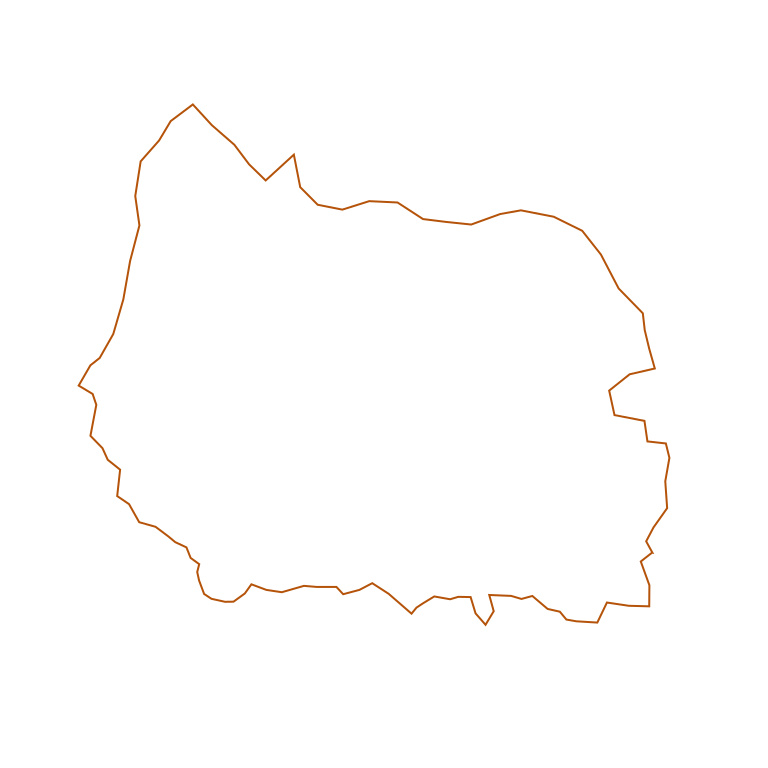 outline of Agios Dimitrianos, Paphos, Cyprus, rotated 280°
{"feature_id": "46923920B5099414499518", "entity_name": "Agios Dimitrianos", "entity_type": "district", "adm_level": 2, "iso_a3": "CYP", "parent_name": "Cyprus", "parent_adm1": "Paphos", "projection": "orthographic", "projection_center": [32.548, 34.902], "detail": "fine", "context": "isolated", "style": "outline", "palette": "amber", "viewbox_px": 768, "rotation_deg": 280, "n_neighbors": 0, "source": "geoboundaries", "source_scale": "gbopen_adm2", "svg_char_len": 1433}
<svg xmlns="http://www.w3.org/2000/svg" viewBox="0 0 768 768"><g transform="rotate(280 384 384)"><path d="M351.4,91.6L329.4,83.6L323.6,98.8L313.5,104.3L282.0,103.9L271.9,117.9L261.4,125.1L253.8,139.0L227.3,140.7L221.4,153.8L205.4,166.9L203.7,183.8L196.6,197.8L192.0,205.9L188.8,217.8L179.1,223.8L174.5,233.3L166.4,232.7L158.4,236.0L146.0,243.3L142.5,251.4L141.9,265.2L143.5,273.6L153.5,283.3L163.7,288.2L160.8,303.9L161.2,319.5L171.3,340.2L172.5,353.3L175.9,372.4L169.9,380.3L177.0,395.6L185.8,407.0L178.2,425.0L162.6,451.0L169.4,454.8L174.8,460.5L183.5,470.4L183.5,486.5L187.3,494.1L189.2,506.3L174.0,514.0L164.5,525.8L179.3,531.5L194.5,524.3L197.4,546.0L196.2,556.7L201.0,566.9L190.9,584.2L190.3,596.7L183.7,604.5L183.7,614.6L186.1,635.5L207.5,641.5L208.1,663.6L211.1,683.8L231.9,680.3L253.8,667.7L264.5,677.3L264.5,677.6L274.6,669.5L289.5,674.3L310.9,684.4L337.0,677.9L360.8,677.9L374.4,671.9L373.2,653.4L392.9,646.9L393.4,616.4L416.6,606.9L436.2,624.2L446.3,648.0L464.7,639.1L482.6,631.3L484.1,630.9L498.6,626.6L518.8,598.5L549.1,575.2L569.3,552.6L578.2,522.1L578.8,488.7L571.6,469.0L556.2,442.2L554.4,417.1L553.2,393.8L565.1,365.8L561.5,337.7L548.5,312.7L549.0,287.6L563.3,267.3L594.2,255.4L563.9,232.1L576.9,213.0L593.6,195.1L609.0,169.5L626.1,147.2L605.9,128.3L584.7,120.2L561.0,105.7L525.9,106.4L497.7,115.6L461.0,112.6L422.1,112.6L386.2,108.7L360.3,99.5L351.4,91.6Z" fill="none" stroke="#b45309" stroke-width="2"/></g></svg>